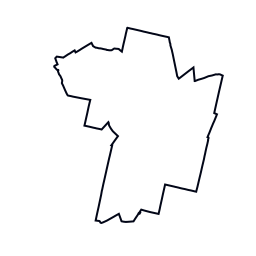 Nana, Calarasi, Romania (Robinson projection), rotated 101°
{"feature_id": "2599482B6717067498389", "entity_name": "Nana", "entity_type": "district", "adm_level": 2, "iso_a3": "ROU", "parent_name": "Romania", "parent_adm1": "Calarasi", "projection": "robinson", "projection_center": [26.612, 44.3], "detail": "fine", "context": "isolated", "style": "outline", "palette": "ink", "viewbox_px": 256, "rotation_deg": 101, "n_neighbors": 0, "source": "geoboundaries", "source_scale": "gbopen_adm2", "svg_char_len": 3948}
<svg xmlns="http://www.w3.org/2000/svg" viewBox="0 0 256 256"><g transform="rotate(101 128 128)"><path d="M220.5,111.7L220.3,110.9L219.2,106.9L218.6,104.8L218.4,104.7L215.8,103.7L213.4,102.7L211.6,101.9L209.6,101.3L209.9,100.3L208.6,99.8L208.0,100.4L205.6,99.4L205.9,96.3L206.1,93.4L206.3,90.2L206.4,85.9L206.5,81.6L201.6,81.4L198.9,81.4L191.9,81.2L186.4,81.1L176.4,80.8L176.6,75.0L176.7,71.8L176.8,70.2L176.8,69.2L176.9,66.9L177.0,65.7L177.1,63.1L177.1,60.5L177.3,57.1L177.3,54.3L177.5,50.0L177.5,48.9L176.9,48.9L172.5,48.6L164.5,48.3L162.3,48.2L158.0,48.0L154.5,47.9L151.1,47.8L144.3,47.5L143.4,47.5L141.0,47.5L138.3,47.4L137.5,47.4L136.4,47.4L132.3,47.3L128.6,47.1L124.8,47.0L124.5,47.2L122.5,47.0L122.4,47.1L122.1,47.2L122.1,47.3L121.9,47.5L121.8,48.2L119.8,47.8L117.1,47.2L113.3,46.5L112.1,46.3L110.8,46.0L107.3,45.3L104.9,44.7L98.8,43.5L98.0,43.4L97.6,43.3L96.9,46.2L85.4,45.9L82.2,45.8L75.0,45.6L58.5,45.0L57.8,48.0L57.9,49.2L58.3,50.1L58.6,52.1L60.4,55.5L61.8,58.9L64.4,62.8L65.8,65.4L67.2,68.2L69.2,71.3L69.2,71.5L68.8,71.6L63.7,73.1L58.2,74.7L56.1,75.3L60.4,79.2L68.5,86.3L69.9,87.6L67.7,89.6L64.2,91.0L53.9,95.3L46.9,98.2L44.2,99.4L43.0,99.9L41.7,100.6L40.2,101.4L39.8,101.6L38.9,102.1L37.7,102.4L37.1,102.6L36.5,103.0L36.0,103.3L35.7,103.4L34.4,103.9L31.2,105.2L31.2,105.5L31.1,107.2L31.1,108.2L31.0,112.7L30.9,115.6L30.8,116.7L30.7,119.8L30.7,120.0L30.7,121.1L30.7,121.5L30.7,122.0L30.6,123.3L30.6,123.9L30.6,124.3L30.6,125.2L30.5,127.0L30.4,129.8L30.4,130.7L30.3,132.3L30.2,133.8L29.9,142.5L29.9,144.3L29.8,146.1L29.8,146.8L29.7,147.6L29.8,147.8L30.4,147.9L30.8,147.9L31.5,147.9L34.0,148.0L35.7,148.1L37.9,148.1L40.6,148.2L43.6,148.3L45.7,148.4L49.2,148.5L50.8,148.5L54.2,148.6L53.9,149.2L53.7,149.6L53.1,150.7L52.7,151.4L52.3,152.0L52.2,152.2L52.2,152.3L52.3,153.6L52.5,155.0L52.5,155.8L52.6,156.6L52.8,156.9L52.9,157.0L53.2,157.3L54.5,158.6L54.7,158.8L54.8,159.0L55.1,160.2L55.2,160.5L55.2,160.8L55.3,161.3L55.3,161.7L55.3,162.8L55.4,163.5L55.4,163.8L55.4,164.0L55.3,164.3L55.2,164.4L55.2,164.6L55.2,164.9L55.2,166.5L55.2,167.8L55.1,168.6L55.1,169.0L55.1,169.3L55.1,169.7L55.1,170.4L55.2,170.6L55.2,171.0L55.3,171.5L55.3,171.9L55.3,172.1L55.3,172.3L55.2,173.2L55.2,173.5L55.2,174.0L55.2,174.5L55.2,174.8L55.3,175.1L54.3,177.9L54.1,178.0L52.2,179.5L51.4,180.1L53.7,182.7L57.3,186.7L59.3,188.9L60.4,190.0L62.6,192.4L63.8,193.9L62.0,195.2L63.6,197.0L65.7,199.1L67.3,201.0L68.1,201.8L69.2,202.9L69.8,203.5L70.9,204.7L71.2,204.9L71.3,206.6L71.5,211.5L71.8,211.7L72.5,212.2L73.3,212.7L73.5,212.7L74.3,212.2L74.9,211.9L75.8,211.3L76.0,211.2L76.9,210.7L77.5,210.3L77.7,210.1L79.0,209.3L81.0,212.0L81.4,212.2L81.6,212.2L82.1,212.0L82.9,210.8L84.4,208.9L84.4,208.1L84.3,207.6L84.5,207.4L84.9,207.5L85.3,207.6L85.5,207.6L85.8,207.5L86.0,207.4L86.5,207.1L87.6,206.4L88.5,205.9L88.8,205.5L89.1,205.2L89.4,204.9L89.8,204.4L90.7,203.7L90.9,203.6L91.2,203.4L92.6,202.4L93.1,202.0L93.3,201.9L93.5,201.8L93.7,201.7L94.0,201.6L94.3,201.6L94.9,201.5L95.3,201.5L95.5,201.5L96.5,201.5L97.1,201.1L98.6,199.9L102.7,197.1L105.2,195.3L105.9,194.8L106.6,194.2L107.2,193.7L107.5,193.3L107.6,193.1L107.6,192.7L107.6,191.8L107.6,189.9L107.7,188.1L107.7,186.2L107.7,182.3L107.7,179.4L107.6,170.4L114.2,170.7L120.8,170.8L134.0,171.2L134.1,166.2L134.3,161.9L134.3,161.3L134.3,160.4L134.4,158.9L134.4,157.0L134.4,155.6L134.5,153.6L127.3,149.2L126.0,148.4L126.5,148.0L128.6,147.3L129.3,146.9L131.8,144.7L133.8,142.6L134.2,142.1L137.9,136.3L142.4,138.4L148.1,141.0L148.1,140.2L159.1,140.6L160.9,140.7L174.0,141.1L174.6,141.1L185.0,141.4L187.7,141.5L193.5,141.6L194.3,141.7L198.9,141.6L211.0,141.8L218.6,142.0L225.0,142.1L224.8,138.9L224.8,138.4L224.8,138.2L225.0,138.0L225.5,137.5L226.1,137.0L226.2,136.7L226.3,136.4L226.3,136.0L225.4,134.5L224.7,133.5L222.9,131.0L217.7,124.9L216.8,123.9L214.6,121.3L214.0,120.6L219.5,117.3L220.6,116.7L220.8,116.5L220.8,114.3L220.7,113.0L220.6,112.0L220.5,111.8L220.5,111.7Z" fill="none" stroke="#020617" stroke-width="2"/></g></svg>